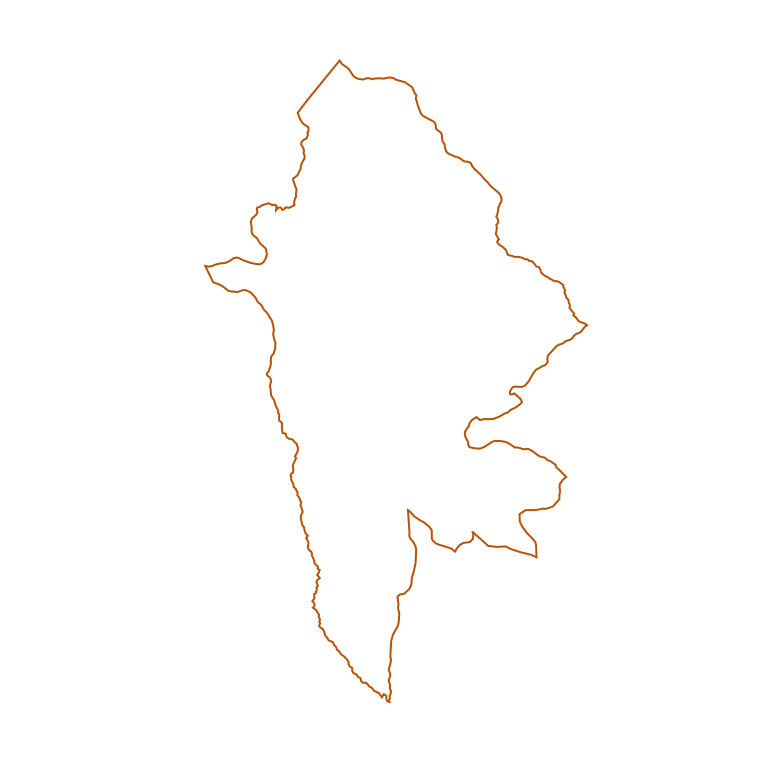 the district of Santa Carmem, Mato Grosso, Brazil, rotated 98°
{"feature_id": "56859067B7371104164998", "entity_name": "Santa Carmem", "entity_type": "district", "adm_level": 2, "iso_a3": "BRA", "parent_name": "Brazil", "parent_adm1": "Mato Grosso", "projection": "natural_earth1", "projection_center": [-54.837, -11.947], "detail": "fine", "context": "isolated", "style": "outline", "palette": "amber", "viewbox_px": 768, "rotation_deg": 98, "n_neighbors": 0, "source": "geoboundaries", "source_scale": "gbopen_adm2", "svg_char_len": 6143}
<svg xmlns="http://www.w3.org/2000/svg" viewBox="0 0 768 768"><g transform="rotate(98 384 384)"><path d="M261.2,220.1L258.7,224.4L258.1,227.4L258.5,229.6L257.3,232.2L256.5,235.1L255.2,236.9L254.6,239.5L252.5,243.0L251.1,244.4L248.7,245.1L246.6,247.1L246.4,249.5L242.9,253.0L241.7,255.0L242.0,257.0L240.6,259.3L240.8,261.9L239.7,264.6L239.4,269.4L240.0,271.4L238.8,279.4L234.4,281.8L231.8,285.5L229.9,289.6L227.7,291.7L226.1,291.3L224.8,290.3L220.1,294.0L213.4,294.0L211.2,294.9L207.8,293.3L204.4,294.5L202.5,296.1L200.6,295.4L195.1,295.1L193.5,295.5L191.3,294.4L189.5,294.5L187.4,293.2L185.1,293.2L182.2,294.1L179.0,296.7L172.9,306.3L169.8,309.4L168.0,312.1L163.4,317.3L158.8,323.9L156.5,326.6L153.0,329.0L152.3,331.1L152.3,335.8L149.5,341.0L148.8,345.7L147.3,351.1L146.3,353.3L144.8,354.9L141.2,356.7L138.5,357.2L135.3,359.9L128.2,361.8L126.6,363.5L124.7,367.3L123.0,368.4L121.0,368.7L118.5,369.7L117.0,372.0L113.0,382.9L111.4,384.9L105.0,388.5L96.7,392.3L93.6,392.1L91.2,394.5L86.4,397.2L82.2,405.3L81.1,414.2L79.7,417.4L79.7,421.6L81.6,426.7L82.0,431.6L82.7,435.2L83.8,438.3L83.3,440.8L83.5,443.4L85.4,447.2L85.4,451.7L84.9,454.2L83.3,457.2L77.2,462.5L75.6,464.8L73.3,469.8L69.9,473.0L113.5,499.4L127.4,507.2L133.6,503.9L137.6,500.2L140.3,494.6L144.0,494.0L145.6,494.8L147.9,494.0L151.9,495.0L152.9,497.0L155.3,499.1L158.1,499.6L161.6,496.7L164.1,495.7L166.4,495.8L169.8,494.1L172.5,494.3L174.1,495.2L179.1,496.6L182.8,496.6L189.3,498.7L193.2,502.5L194.9,502.3L203.9,497.6L208.4,497.7L210.8,497.0L212.9,498.0L216.8,498.3L219.2,497.5L222.8,502.5L222.7,505.9L224.6,507.0L225.8,508.8L223.6,510.8L224.0,513.1L227.0,515.1L222.6,515.2L221.6,517.1L222.4,519.2L221.1,523.4L223.8,529.4L225.9,531.7L226.9,534.1L229.5,534.2L231.7,533.2L234.1,534.1L238.4,537.7L241.3,538.4L243.6,538.1L247.0,536.8L251.5,536.4L254.0,535.1L255.2,533.8L257.3,530.0L262.2,526.1L265.4,521.1L266.8,519.7L272.0,518.0L275.8,518.5L279.3,519.9L281.3,521.3L282.7,523.7L283.0,526.8L282.6,533.3L281.1,540.4L279.4,545.8L279.3,547.7L280.2,550.2L283.5,553.8L285.9,557.3L287.9,564.5L289.3,567.7L291.4,571.2L292.2,574.1L292.0,577.4L307.0,567.3L308.5,560.4L309.9,557.0L313.2,551.5L313.6,549.3L313.3,542.0L310.6,536.6L310.3,533.6L312.0,528.5L316.2,523.4L320.1,520.6L322.9,516.5L327.5,512.9L329.0,510.7L331.1,508.6L337.2,503.6L343.3,501.3L346.1,500.6L350.4,500.6L354.6,499.2L358.4,497.2L364.4,496.7L369.4,497.6L372.0,499.3L373.8,499.6L380.7,498.8L387.6,500.0L390.2,501.5L391.8,500.8L393.2,498.3L395.1,496.8L397.2,496.1L401.5,496.8L404.8,495.6L411.0,494.2L415.5,490.5L420.9,488.0L425.2,485.0L427.0,485.1L428.5,483.6L434.5,482.9L436.9,479.6L442.6,478.9L446.7,477.5L446.8,474.5L449.9,473.2L451.5,470.4L451.7,466.8L454.1,464.4L455.3,462.3L459.4,460.3L463.1,460.2L468.0,462.1L469.6,460.7L477.2,463.0L482.1,461.7L484.4,461.7L485.7,463.4L487.5,463.9L488.9,462.9L491.3,462.8L496.1,459.7L498.6,459.1L500.3,456.6L502.1,455.7L503.3,454.4L505.9,454.5L508.5,452.0L510.8,450.9L512.6,449.4L515.3,449.9L521.8,446.7L526.8,448.1L530.2,447.2L535.3,445.1L537.2,443.0L539.2,442.7L543.2,440.6L544.9,438.3L547.2,439.7L551.1,436.9L553.3,436.5L555.1,436.9L556.9,436.5L558.9,435.1L560.1,432.8L561.9,431.8L563.6,431.6L568.2,428.8L571.1,427.8L572.9,425.8L574.0,423.9L576.1,424.0L577.2,421.8L580.3,422.5L582.4,423.5L585.1,420.6L588.0,423.3L589.8,423.2L593.0,421.3L594.8,422.6L596.5,421.9L600.5,422.5L601.9,423.9L605.8,423.1L609.1,424.7L610.3,422.9L611.9,422.1L613.9,422.1L615.4,423.3L617.1,420.1L621.7,416.1L623.5,416.3L626.1,414.6L628.4,415.0L629.9,414.0L632.6,414.6L634.2,412.9L635.2,410.6L637.5,408.8L641.0,407.4L643.4,404.8L645.5,403.2L646.9,398.6L649.6,396.9L651.1,394.8L653.5,393.7L655.0,391.3L657.9,388.7L659.0,386.1L662.1,382.1L664.2,380.3L666.3,380.3L668.6,378.3L669.9,375.7L672.5,375.6L674.6,373.9L675.8,370.3L677.7,369.2L678.4,366.5L681.3,365.3L682.8,363.2L682.3,360.1L685.5,356.6L686.9,353.2L689.1,351.4L691.0,345.7L694.5,342.5L691.2,341.0L692.4,338.4L695.6,337.8L697.6,336.8L698.1,334.2L696.3,334.9L694.4,334.4L692.2,335.0L689.8,334.3L687.4,334.3L684.7,335.8L680.9,336.2L677.8,337.8L675.9,338.0L672.0,337.1L669.2,337.9L667.0,339.3L665.1,339.6L662.4,339.0L656.5,338.6L653.1,339.8L637.3,341.1L630.9,340.2L621.0,336.5L617.8,336.3L609.6,336.9L607.5,337.4L605.5,338.5L602.9,339.0L600.7,338.9L593.0,341.0L591.4,340.1L590.0,338.4L588.9,334.9L583.9,330.7L581.2,329.5L578.0,329.0L572.0,329.5L566.1,328.5L557.3,327.8L543.4,329.1L540.0,330.4L536.9,332.6L532.8,336.9L530.4,338.0L528.6,337.9L505.6,342.7L506.4,340.9L510.8,335.8L514.0,329.2L515.1,325.9L519.2,319.1L522.1,316.4L530.9,315.0L532.8,313.2L534.5,310.6L535.3,308.2L537.6,294.4L540.1,290.3L536.5,288.9L533.0,286.7L530.2,283.1L529.4,279.6L528.3,276.8L525.1,274.5L520.4,274.6L517.8,276.1L529.8,258.3L529.6,249.4L527.9,241.0L529.7,235.8L531.7,224.6L532.4,216.7L532.9,213.6L534.5,208.9L523.1,210.8L519.5,212.1L516.9,214.9L511.5,221.9L505.8,227.4L501.2,230.4L494.0,231.7L489.2,226.2L487.7,216.1L485.5,210.0L484.9,205.7L481.7,199.6L473.6,194.3L469.1,194.9L465.7,194.6L461.5,195.9L458.3,195.9L453.9,193.5L450.7,190.6L444.3,199.0L443.0,201.4L440.5,202.7L439.4,204.2L437.2,208.6L436.6,211.4L434.6,214.5L434.1,219.1L433.3,221.5L430.3,226.6L428.3,231.6L428.3,233.6L429.1,235.5L429.1,238.0L428.5,240.2L428.3,243.0L428.7,245.5L425.0,253.2L424.4,255.8L424.2,261.3L425.2,267.0L426.8,269.6L432.2,275.7L434.6,279.8L435.1,285.2L434.6,290.7L432.1,292.2L429.8,292.6L424.8,296.2L420.3,297.3L413.6,294.1L411.0,293.8L407.7,292.2L403.9,287.7L406.4,283.9L405.0,280.8L403.5,271.1L400.4,265.4L396.6,260.7L394.9,257.4L391.9,254.9L388.9,250.3L384.4,245.8L382.6,244.9L380.1,246.4L377.3,250.4L375.2,253.6L376.6,256.0L376.5,257.9L373.9,258.3L369.3,256.2L368.5,254.6L367.6,246.8L365.8,244.0L361.6,241.3L352.0,237.4L348.6,235.3L343.9,229.0L342.9,227.0L339.4,224.9L336.8,225.7L334.1,225.8L331.4,224.6L322.3,218.3L320.3,215.5L319.6,213.5L318.2,211.7L316.4,210.4L314.4,206.0L312.7,204.0L309.3,202.3L307.3,200.1L306.1,197.7L304.6,196.1L299.4,193.1L297.5,191.1L296.1,194.0L294.8,199.9L291.0,203.6L289.8,206.1L287.9,205.5L282.9,210.9L280.4,210.8L277.5,212.4L274.9,213.2L273.0,215.6L271.0,216.3L268.2,218.1L266.2,217.5L263.3,219.7L261.2,220.1Z" fill="none" stroke="#b45309" stroke-width="2"/></g></svg>